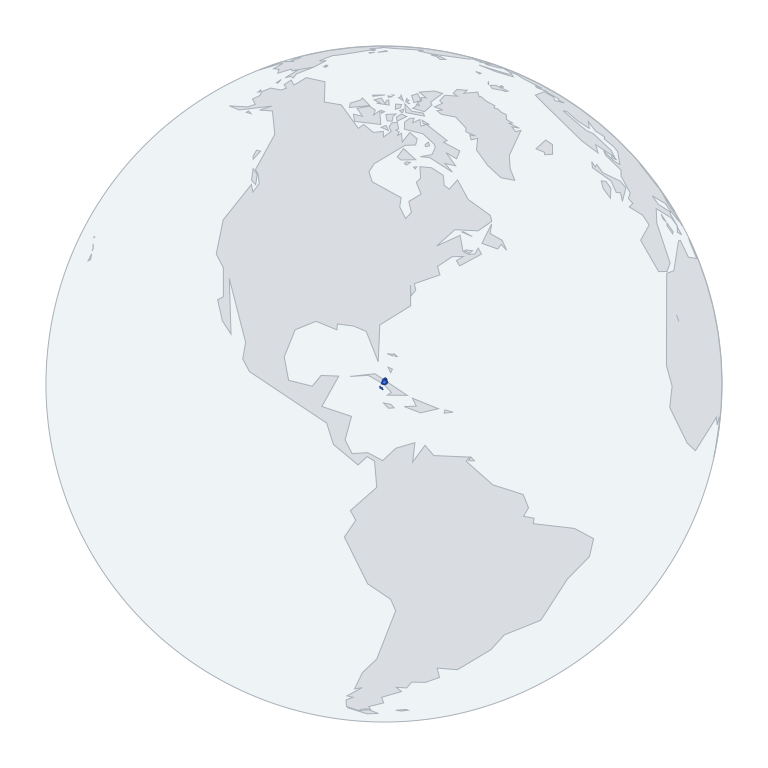 globe centered on Ciego de Ávila, rotated 9°
{"feature_id": "CUB-1363", "entity_name": "Ciego de Ávila", "entity_type": "Province", "adm_level": 1, "iso_a3": "CUB", "parent_name": "Cuba", "parent_adm1": "", "projection": "orthographic", "projection_center": [-78.664, 21.637], "detail": "fine", "context": "on_globe", "style": "filled", "palette": "blue", "viewbox_px": 768, "rotation_deg": 9, "n_neighbors": 0, "source": "natural_earth", "source_scale": "10m", "svg_char_len": 11389}
<svg xmlns="http://www.w3.org/2000/svg" viewBox="0 0 768 768"><g transform="rotate(9 384 384)"><circle cx="384" cy="384" r="338" fill="#eef3f6" stroke="#a8b0b8"/><path d="M386.8,461.8L378.8,458.3L371.0,468.0L343.5,451.6L333.5,431.6L249.2,392.8L240.6,381.4L240.8,364.4L214.7,304.0L225.1,358.7L214.5,346.9L206.5,326.7L211.7,322.9L207.2,294.3L198.0,281.9L199.5,247.1L221.9,207.6L224.4,215.0L229.5,205.6L226.6,196.1L223.5,192.3L237.1,154.6L231.1,131.8L218.3,132.9L229.6,127.1L198.0,136.0L187.8,133.5L206.1,131.6L213.1,127.9L209.5,123.2L216.0,118.7L217.9,114.1L226.0,109.4L236.0,109.8L241.4,107.1L238.5,104.1L244.8,98.3L248.2,102.9L259.4,93.6L278.4,94.7L281.0,114.8L298.2,115.0L318.6,135.5L323.4,130.9L334.2,137.2L343.8,134.6L344.9,140.1L351.6,133.5L348.8,129.1L350.8,124.9L356.2,123.3L358.5,129.6L356.1,131.4L359.6,132.5L358.5,136.5L362.1,133.6L364.2,142.2L370.1,131.6L378.5,136.7L377.8,143.0L367.4,145.0L339.9,167.9L335.9,176.7L340.7,186.1L371.8,197.3L371.8,206.6L379.4,217.2L384.2,210.3L380.0,199.8L390.9,190.6L384.4,179.8L387.9,174.9L385.5,163.7L397.1,163.0L409.8,168.6L412.4,178.3L418.0,181.4L424.7,170.9L438.3,188.6L462.7,200.9L465.0,206.4L453.0,218.0L429.9,220.5L414.4,239.5L435.9,225.2L441.3,240.7L447.0,242.8L453.3,241.4L455.8,235.0L460.0,240.4L440.3,255.5L436.2,250.8L442.5,245.7L431.6,247.5L418.4,259.5L422.2,267.4L398.3,280.2L400.7,286.3L396.8,293.1L394.6,282.2L398.1,302.6L370.6,326.3L374.8,362.9L358.2,334.8L344.8,331.5L328.6,332.0L329.0,337.9L307.1,332.7L287.8,344.3L281.2,372.8L289.2,395.3L313.5,397.4L320.5,385.4L338.1,383.3L326.1,415.9L357.0,421.1L354.3,445.3L363.4,457.7L378.7,454.4L394.7,459.9L405.7,445.6L423.7,437.1L424.5,456.6L434.1,438.2L444.4,446.9L479.9,442.8L477.3,447.5L507.3,466.6L538.8,471.4L546.1,483.7L542.5,492.8L553.2,493.1L553.3,498.6L594.9,496.9L615.2,504.0L613.9,522.3L595.6,548.0L575.8,592.8L542.0,613.0L531.2,629.6L501.2,654.7L481.0,656.3L484.7,665.1L471.7,672.2L458.0,674.1L453.9,680.6L443.7,681.7L449.3,685.0L430.7,693.8L433.5,699.0L419.4,705.0L421.7,707.5L417.1,707.7L411.7,709.0L410.6,710.5L397.4,708.5L395.9,702.0L402.3,698.3L396.2,697.8L409.9,687.3L402.6,689.7L407.8,672.6L419.9,656.7L431.0,606.2L424.4,595.7L399.1,583.9L368.8,541.3L377.5,523.0L370.6,514.3L393.0,487.2L386.8,461.8ZM72.5,308.6L74.9,301.1L74.7,307.2L72.5,308.6ZM75.5,295.7L74.8,298.4L75.2,295.9L75.5,295.7ZM75.2,293.3L75.4,295.0L74.9,293.8L75.2,293.3ZM74.5,291.1L75.0,292.0L74.8,292.2L74.5,291.1ZM373.4,375.3L408.8,391.6L389.0,394.5L392.7,391.2L383.7,384.2L367.0,377.9L349.5,381.8L373.4,375.3ZM74.5,285.4L74.6,283.8L75.3,283.9L74.5,285.4ZM388.5,354.9L382.3,353.6L388.3,353.3L388.5,354.9ZM221.0,191.7L225.9,196.5L226.1,207.2L221.3,203.5L221.0,191.7ZM221.6,173.0L225.7,173.4L219.6,182.4L219.1,179.3L221.6,173.0ZM207.6,135.4L210.4,137.8L205.5,137.2L207.6,135.4ZM216.8,114.4L213.9,115.4L216.2,112.7L216.8,114.4ZM379.3,165.1L382.3,164.4L381.2,166.8L379.3,165.1ZM375.4,161.0L371.9,164.3L369.5,162.9L371.7,160.9L375.4,161.0ZM230.5,103.3L234.9,99.3L232.2,103.4L230.5,103.3ZM380.2,157.5L365.7,160.1L361.6,157.7L366.5,148.4L380.2,157.5ZM238.6,96.9L249.2,88.0L243.9,89.0L265.1,82.0L249.0,91.4L246.5,96.0L243.9,94.8L238.6,96.9ZM345.6,128.4L348.8,133.0L341.1,130.9L345.6,128.4ZM340.2,128.2L313.7,129.2L311.6,122.2L320.9,123.0L314.2,115.9L326.3,111.9L332.6,114.9L331.6,120.0L337.0,114.7L340.2,128.2ZM275.1,80.1L279.1,78.4L276.8,80.3L275.1,80.1ZM351.0,123.1L345.9,123.6L343.7,117.5L353.7,115.4L351.2,118.0L351.0,123.1ZM306.6,116.3L306.8,111.8L316.5,107.2L317.9,104.9L326.4,111.2L306.6,116.3ZM354.4,118.6L358.8,114.6L364.7,116.2L355.9,122.3L354.4,118.6ZM339.0,117.0L338.4,114.1L342.0,115.0L339.0,117.0ZM388.2,120.7L382.1,120.8L380.4,117.5L388.2,120.7ZM360.0,113.1L358.0,112.6L356.6,111.5L360.6,109.4L360.0,113.1ZM332.7,107.8L336.7,107.1L329.7,105.0L336.7,101.9L341.1,106.9L342.2,103.5L344.3,102.6L345.5,107.7L332.7,107.8ZM360.7,104.1L368.7,110.2L380.4,110.3L382.2,113.1L363.0,112.5L360.7,104.1ZM351.7,105.7L357.7,105.2L356.9,108.6L352.2,111.0L351.7,105.7ZM340.0,98.3L328.0,101.6L327.5,100.5L340.0,98.3ZM364.3,103.3L362.3,101.9L365.2,102.9L364.3,103.3ZM347.6,98.9L343.5,100.1L342.9,98.8L347.6,98.9ZM361.7,98.4L364.3,100.2L361.3,101.8L361.7,98.4ZM355.4,98.1L355.7,96.0L358.6,101.2L353.6,98.8L355.4,98.1ZM347.8,97.5L346.1,97.1L349.6,97.2L347.8,97.5ZM371.8,91.9L376.2,98.2L369.5,101.4L366.1,94.8L371.8,91.9ZM418.8,712.4L398.2,709.4L410.1,710.8L419.7,708.1L430.0,710.3L418.8,712.4ZM446.6,704.4L457.0,701.9L459.0,702.4L452.3,704.3L446.6,704.4ZM642.9,166.8L644.2,168.4L636.2,159.7L620.9,143.1L642.9,166.8ZM595.0,120.0L598.0,122.5L598.8,123.1L606.0,129.3L607.1,130.2L605.6,129.1L601.4,125.4L603.0,127.4L622.8,145.7L627.1,149.5L636.9,162.4L645.0,170.4L650.8,178.2L639.4,167.7L633.6,161.7L619.7,156.3L626.6,163.5L640.2,169.5L640.0,171.1L649.4,182.5L642.0,175.1L625.4,168.2L628.3,182.5L647.6,219.7L646.0,228.6L637.7,230.0L615.0,201.9L621.0,185.4L613.1,176.8L598.5,170.7L601.6,166.7L596.4,162.6L597.3,156.8L585.6,141.5L584.6,135.6L567.3,123.5L564.4,119.3L575.5,127.3L582.6,130.4L578.5,118.0L574.0,113.8L563.1,107.4L563.4,105.5L553.3,101.0L544.8,92.9L546.8,99.5L534.0,93.7L522.0,86.3L518.1,86.0L537.7,98.3L545.2,102.4L551.1,103.7L571.9,117.8L576.0,123.6L555.6,114.5L559.3,122.3L541.8,113.2L499.5,83.3L488.3,75.0L496.5,70.2L506.4,74.0L508.4,77.3L518.2,78.2L511.8,76.2L512.0,75.1L499.9,70.6L499.5,69.7L488.6,67.4L486.7,65.8L493.6,67.3L474.0,60.7L466.7,57.6L462.5,56.7L460.0,56.6L452.3,53.5L449.6,53.1L451.0,53.8L446.4,53.6L435.4,52.5L433.3,51.5L437.0,51.7L441.7,51.3L452.0,53.0L450.0,52.6L440.6,51.0L434.9,51.3L428.8,51.0L430.1,50.2L429.1,50.5L425.5,50.1L419.9,49.0L417.8,49.8L380.2,50.6L365.7,49.7L371.1,48.2L342.6,50.9L328.5,51.9L329.9,52.2L317.2,55.2L321.4,54.8L321.1,55.4L290.4,65.4L281.6,67.8L270.0,74.6L270.7,75.1L276.5,73.5L265.1,82.0L243.9,89.0L243.4,87.4L230.4,93.7L231.1,89.6L225.7,89.9L233.9,83.2L228.9,84.8L224.4,87.3L214.2,92.1L211.5,93.4L227.5,84.5L233.1,81.7L245.0,79.3L241.9,78.7L248.5,76.0L251.0,74.3L248.3,74.8L244.3,76.5L255.3,71.6L277.8,63.2L300.8,56.5L324.2,51.4L348.0,48.0L371.9,46.3L395.9,46.3L419.8,48.0L443.6,51.4L467.0,56.4L490.0,63.2L512.5,71.5L534.4,81.4L555.5,92.8L575.7,105.7L595.0,120.0ZM721.3,404.5L721.5,395.6L721.3,370.5L720.3,364.0L719.5,372.4L717.4,364.8L716.1,368.4L702.0,401.2L692.7,394.9L669.9,362.5L668.9,341.0L660.1,321.7L645.9,230.4L652.6,226.9L652.5,196.6L654.2,195.8L664.8,211.1L673.2,211.2L663.4,195.1L662.3,192.3L675.7,213.3L687.4,235.3L697.6,258.1L706.0,281.5L712.7,305.5L717.6,330.0L720.6,354.7L721.9,379.6L721.3,404.5ZM662.1,269.8L665.2,275.9L665.3,276.0L662.1,269.8ZM481.0,442.4L485.3,445.7L479.7,446.5L481.0,442.4ZM386.5,402.8L393.9,403.0L397.8,406.0L392.2,407.2L386.5,402.8ZM448.2,400.0L456.6,401.0L448.0,403.4L448.2,400.0ZM414.3,393.6L441.5,399.9L424.7,406.8L407.5,403.1L419.3,400.8L414.3,393.6ZM385.4,366.7L390.0,368.0L388.8,371.8L385.4,366.7ZM392.8,354.8L391.0,355.1L388.6,352.2L392.8,354.8ZM442.4,239.8L444.1,238.7L450.7,238.6L447.9,241.5L442.4,239.8ZM478.2,223.6L484.2,232.7L477.9,227.8L475.2,232.9L458.7,229.8L465.3,209.0L465.2,218.7L478.2,223.6ZM438.4,221.1L448.2,224.6L437.2,221.7L438.4,221.1ZM566.8,149.4L571.4,149.2L577.4,154.9L578.6,165.1L569.9,156.6L566.8,149.4ZM576.6,148.0L556.0,137.7L554.4,131.9L558.8,136.7L559.8,133.9L567.1,141.1L585.7,146.7L592.2,152.3L590.9,166.3L587.8,158.2L583.4,158.4L576.6,148.0ZM506.3,130.1L497.4,127.9L505.5,117.7L512.9,121.1L514.6,130.7L506.8,132.4L506.3,130.1ZM391.8,141.6L387.8,143.1L387.2,141.1L390.0,138.2L391.8,141.6ZM385.5,121.0L408.3,133.7L405.0,135.9L422.4,142.0L420.4,150.2L409.1,145.8L420.6,157.3L409.7,156.6L418.4,164.1L393.7,153.2L384.3,153.8L395.5,149.9L397.7,142.1L395.8,139.0L383.4,130.8L364.3,129.2L363.4,122.1L367.8,117.6L372.2,116.8L371.4,121.5L378.0,117.2L380.2,123.5L385.5,121.0ZM420.2,80.8L417.4,84.4L430.9,81.0L433.2,85.6L434.6,84.9L440.5,88.5L450.0,91.9L449.5,94.1L453.5,94.6L457.4,97.3L462.6,98.8L463.6,103.6L470.1,106.1L466.8,107.0L477.7,110.1L470.1,110.1L474.5,114.2L479.6,112.1L472.0,138.6L474.8,151.3L481.3,162.4L467.3,162.0L452.2,151.9L438.7,138.3L438.1,126.8L431.9,129.2L429.7,124.6L435.5,124.6L425.3,122.0L425.0,118.4L413.0,109.1L398.4,108.7L393.6,105.7L399.2,104.1L390.5,102.4L397.9,97.6L394.7,95.6L398.8,89.3L411.5,88.2L406.9,86.1L409.8,81.8L420.2,80.8ZM373.3,90.2L388.0,86.7L396.5,87.8L385.9,98.4L387.8,100.9L381.3,108.7L369.2,107.2L372.1,105.0L372.2,102.6L376.0,104.0L373.0,101.1L377.0,98.2L375.8,95.3L380.9,94.8L373.3,90.2ZM649.8,188.0L649.9,186.3L648.7,182.5L654.6,190.1L649.8,188.0ZM638.8,183.3L638.0,180.5L645.8,188.4L645.6,190.5L638.8,183.3ZM631.0,172.8L637.4,179.8L633.8,177.3L631.0,172.8ZM574.0,124.8L572.4,122.0L574.8,123.1L578.8,126.4L574.0,124.8ZM460.7,75.3L457.8,76.3L455.7,75.5L444.7,75.3L442.1,72.5L447.7,71.5L460.7,75.3ZM652.0,179.0L651.6,177.7L653.6,181.1L652.0,179.0ZM456.1,72.2L451.8,72.3L453.2,70.9L456.1,72.2ZM439.6,70.5L440.1,68.7L440.5,72.2L439.6,70.5ZM428.0,54.1L446.2,56.9L457.5,58.4L461.2,57.8L463.8,60.4L446.3,58.1L428.0,54.1ZM386.3,50.8L383.2,52.3L379.3,51.6L379.5,51.2L386.3,50.8ZM388.1,51.7L394.0,53.8L388.8,54.7L385.2,52.8L388.1,51.7ZM425.7,61.0L431.3,61.9L430.1,62.9L425.7,61.0ZM277.2,78.0L279.0,78.3L275.2,79.3L277.2,78.0ZM323.8,55.1L322.7,56.0L318.4,56.6L323.8,55.1ZM317.4,59.1L323.1,57.7L318.0,59.6L317.4,59.1ZM335.6,54.9L325.7,57.4L333.9,54.5L335.6,54.9Z" fill="#d9dde1" stroke="#a8b0b8" stroke-width="1"/><path d="M382.6,379.5L383.1,379.6L383.4,379.6L383.5,380.0L383.5,379.9L383.6,380.0L383.7,379.9L383.7,379.7L383.8,379.6L383.9,379.8L384.5,380.0L384.8,380.2L384.9,380.3L385.0,380.3L385.4,380.4L385.5,380.4L385.5,380.5L385.8,380.8L386.0,380.9L386.3,381.0L386.7,381.0L386.8,381.2L387.0,381.2L386.9,381.2L387.0,381.3L387.2,381.5L386.9,381.8L386.8,382.0L386.7,382.0L386.4,382.1L386.3,382.3L386.6,382.6L386.8,382.9L386.7,383.0L386.4,383.3L386.3,383.2L386.2,383.1L386.1,382.9L385.9,383.0L385.9,383.3L385.9,383.5L385.7,383.6L385.7,383.8L385.4,383.8L385.2,384.0L384.9,384.1L384.7,384.2L384.7,384.3L384.3,384.5L384.1,384.6L383.9,384.5L383.6,384.4L383.8,384.3L383.8,384.2L383.7,384.1L383.4,384.0L383.1,384.1L382.8,384.1L382.7,384.2L382.4,384.2L382.3,383.9L382.3,383.7L382.2,383.6L382.0,383.8L381.9,383.8L381.6,383.9L381.6,383.7L381.5,383.3L381.5,383.2L381.7,382.7L381.8,382.6L381.9,382.3L381.9,382.2L382.0,382.2L382.3,382.0L382.4,381.8L382.4,381.7L382.2,381.5L382.0,381.4L381.9,381.3L381.9,381.2L382.0,381.0L382.0,380.8L382.0,380.7L382.2,380.3L382.3,380.2L382.4,379.9L382.5,379.8L382.5,379.6L382.6,379.5ZM385.3,379.1L385.2,379.2L384.8,379.2L384.7,379.2L384.3,379.0L384.1,379.0L384.0,378.9L384.0,378.7L383.9,378.8L383.8,378.7L384.0,378.6L384.4,378.6L384.5,378.7L384.8,378.7L385.1,378.7L385.3,378.5L385.5,378.6L385.8,378.7L385.7,378.7L385.7,378.8L386.1,379.2L386.1,379.3L386.0,379.2L385.3,379.4L385.3,379.2L385.3,379.1ZM381.7,388.2L381.6,388.3L381.4,388.2L381.2,388.0L381.2,387.9L381.3,388.0L381.5,388.2L381.4,388.0L381.3,387.9L381.2,387.8L380.9,387.8L380.9,387.7L381.1,387.7L381.4,387.9L381.6,388.1L381.7,388.2ZM382.6,388.9L382.8,388.9L383.0,389.1L382.9,389.1L382.5,389.0L382.3,388.9L382.5,388.7L382.5,388.8L382.6,388.9ZM382.0,388.4L382.2,388.5L382.3,388.5L382.2,388.7L381.8,388.4L381.7,388.4L381.8,388.3L382.0,388.4L382.0,388.4ZM380.0,387.0L380.3,387.1L380.5,387.3L380.4,387.3L380.2,387.3L380.4,387.3L380.3,387.2L380.2,387.2L380.0,387.0ZM383.1,389.2L383.3,389.2L383.5,389.4L383.4,389.5L383.3,389.4L383.2,389.3L383.1,389.2ZM383.6,378.6L383.6,378.8L383.4,378.8L383.4,378.7L383.5,378.7L383.6,378.6Z" fill="#3b82f6" stroke="#1e3a8a" stroke-width="1.5"/></g></svg>